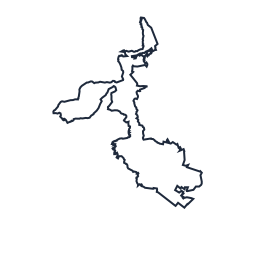 the district of Poian, Covasna, Romania, rotated 336°
{"feature_id": "2599482B85588216220472", "entity_name": "Poian", "entity_type": "district", "adm_level": 2, "iso_a3": "ROU", "parent_name": "Romania", "parent_adm1": "Covasna", "projection": "robinson", "projection_center": [26.168, 46.118], "detail": "fine", "context": "isolated", "style": "outline", "palette": "slate", "viewbox_px": 256, "rotation_deg": 336, "n_neighbors": 0, "source": "geoboundaries", "source_scale": "gbopen_adm2", "svg_char_len": 5869}
<svg xmlns="http://www.w3.org/2000/svg" viewBox="0 0 256 256"><g transform="rotate(336 128 128)"><path d="M171.7,209.7L172.7,208.8L173.6,206.9L175.0,200.6L177.2,198.9L176.5,196.9L176.1,197.1L165.9,187.8L167.9,186.2L165.4,186.0L163.1,184.1L166.7,180.3L169.6,172.4L170.0,172.2L170.2,169.9L166.0,169.8L167.1,169.2L166.8,168.6L167.0,168.4L167.9,168.0L167.8,166.6L166.2,166.7L166.6,162.7L165.5,162.9L163.2,159.1L160.7,159.6L158.8,158.0L159.8,157.9L159.5,154.4L158.5,155.0L157.5,157.0L154.9,154.9L153.4,157.1L150.5,155.1L149.9,154.1L148.9,153.4L148.8,152.6L147.6,151.1L147.3,149.9L146.3,148.2L144.7,147.4L144.7,146.9L137.5,145.0L137.4,144.2L137.6,143.1L139.3,141.4L139.5,139.4L140.4,137.0L142.2,136.1L142.6,134.6L142.6,133.9L142.0,133.2L142.1,131.7L139.5,129.7L140.3,128.3L139.7,125.9L140.7,124.8L140.5,123.7L139.7,122.6L141.4,122.0L141.7,120.2L141.0,118.4L142.0,117.6L142.3,116.7L143.8,115.9L143.9,115.2L143.4,114.0L143.9,112.6L143.3,111.1L143.8,107.9L144.2,107.2L144.0,105.4L145.5,104.2L146.6,104.0L148.0,105.2L149.8,103.6L150.2,102.3L150.0,100.5L150.4,98.7L152.0,97.9L153.7,99.2L154.0,99.2L154.0,98.6L154.5,97.8L159.3,98.2L159.4,97.7L159.9,97.6L162.7,97.8L159.1,95.9L155.9,94.7L153.4,92.9L154.3,91.8L154.5,90.7L151.8,80.3L155.6,78.9L154.8,77.7L155.9,76.2L157.0,73.6L157.9,73.0L158.4,74.0L161.6,75.7L168.9,77.3L169.4,77.7L170.0,79.5L171.1,78.5L171.7,77.5L171.5,75.6L170.0,75.8L169.6,73.2L170.6,73.0L170.8,72.0L170.3,71.6L170.8,71.0L171.2,71.3L171.7,70.9L172.8,69.1L171.3,69.2L170.4,67.3L169.1,66.6L168.1,66.6L168.1,65.9L167.4,65.4L165.0,65.8L163.4,67.5L162.3,67.2L162.9,66.6L162.4,66.2L163.1,65.6L161.5,64.9L161.0,65.2L160.5,64.9L160.8,63.9L165.5,65.2L169.4,64.8L171.3,65.5L172.2,65.4L173.6,66.2L174.6,65.7L175.2,65.8L175.4,65.5L178.7,65.5L181.8,64.7L181.8,66.2L178.8,66.2L177.0,65.8L176.7,66.3L175.8,66.3L175.6,67.8L175.0,68.1L175.4,68.2L175.2,68.9L175.5,69.3L175.1,69.8L175.3,70.0L174.7,70.0L174.8,70.4L176.8,69.3L179.5,69.3L179.9,69.0L179.7,68.2L184.2,67.7L185.3,68.0L185.4,66.0L185.8,65.7L186.0,64.2L189.2,63.2L190.0,45.8L188.0,41.9L188.2,39.6L187.8,38.7L187.7,35.7L187.4,34.0L184.7,32.3L184.4,32.5L184.0,33.2L184.7,33.6L184.8,34.1L184.3,34.6L184.0,34.2L183.6,34.6L183.7,35.0L183.0,35.3L183.1,35.6L182.6,35.8L182.7,36.1L182.0,36.5L182.4,37.4L181.8,38.3L182.4,38.7L181.9,39.6L182.0,40.2L181.4,41.0L181.8,41.3L181.8,42.2L181.3,43.8L181.7,44.6L180.2,47.2L179.6,49.2L179.7,50.1L177.5,52.9L177.4,54.1L176.8,54.7L175.8,57.1L176.0,57.5L175.0,58.6L175.6,59.1L175.5,59.6L173.4,61.8L171.4,61.2L169.0,61.2L167.8,61.6L166.4,60.9L165.2,61.1L164.3,60.7L162.9,59.0L159.6,58.5L157.8,56.8L157.0,56.8L156.0,56.2L156.0,55.4L155.2,55.2L152.9,55.4L156.0,57.4L155.5,59.7L156.4,61.9L152.7,60.7L152.0,59.0L151.2,59.3L150.7,58.8L149.9,59.0L149.3,58.5L148.2,59.3L146.9,61.1L147.1,61.6L146.2,63.0L146.7,64.4L146.8,66.9L146.6,70.0L145.9,72.2L146.7,74.0L146.2,75.4L143.4,78.4L143.4,81.6L143.0,82.2L136.2,81.8L134.9,80.7L134.9,79.8L134.5,79.4L133.4,78.8L131.4,79.4L129.9,79.2L127.4,77.5L125.3,77.1L121.3,74.4L119.4,74.3L116.7,73.3L115.4,73.3L114.2,71.0L113.0,70.3L110.0,70.2L108.8,69.7L103.0,70.7L101.1,71.5L99.3,73.0L98.6,74.9L95.8,79.3L94.9,80.2L94.7,80.9L94.0,81.0L93.8,81.5L91.4,80.3L89.1,80.1L86.8,79.2L80.6,78.2L78.6,76.8L77.1,76.8L73.7,78.7L72.8,79.9L68.9,81.8L67.3,82.0L66.4,82.8L66.0,84.2L68.2,85.1L69.6,86.2L71.4,86.1L72.3,87.2L71.9,89.0L70.7,90.0L71.7,92.6L71.7,93.7L72.2,94.7L72.9,94.9L73.3,94.4L73.0,93.5L73.7,93.7L74.5,95.4L74.8,98.7L77.4,98.7L78.2,99.0L79.3,98.4L80.0,99.0L81.3,98.8L82.0,97.8L83.9,98.1L87.6,99.8L88.4,99.7L90.4,100.8L93.5,101.6L95.2,102.6L97.1,103.0L99.4,101.7L102.1,101.4L102.4,100.8L106.5,99.4L109.2,97.8L112.4,94.7L114.9,92.8L114.6,90.7L116.9,89.8L121.0,88.9L122.4,87.7L123.5,87.3L126.2,84.6L131.0,84.3L132.5,83.5L132.3,83.8L133.1,85.8L132.6,88.7L130.8,89.3L127.1,89.3L126.2,90.7L126.0,91.9L124.4,95.4L124.2,97.7L119.7,100.2L118.3,100.6L117.9,101.4L118.0,102.1L117.4,102.7L119.1,104.1L120.1,105.6L123.1,106.4L125.5,107.6L127.2,109.6L127.6,111.7L128.0,112.2L129.4,113.3L129.7,114.2L130.5,114.4L131.3,115.5L131.4,116.4L130.9,117.4L127.4,119.3L127.6,120.4L128.3,121.2L128.7,122.2L131.0,122.5L130.3,123.5L129.4,126.4L130.5,127.4L129.8,128.7L128.9,129.1L127.3,131.1L127.1,131.5L127.5,131.6L127.0,131.9L126.6,132.9L127.1,133.1L126.4,133.4L126.2,135.4L127.0,135.5L126.6,136.5L125.4,136.9L124.2,136.5L123.5,136.8L122.4,136.6L118.9,135.7L118.3,135.0L116.2,134.3L113.4,134.4L112.7,134.9L112.3,134.6L111.4,135.0L111.0,134.5L109.2,134.4L108.8,134.5L108.8,134.9L108.2,134.9L108.3,135.5L107.5,135.4L106.8,136.1L109.3,137.3L107.9,138.0L109.5,138.5L109.3,139.8L108.2,140.1L107.7,140.8L107.1,140.3L106.1,140.2L105.5,140.5L105.8,141.7L106.8,142.5L107.1,143.3L106.3,143.9L106.6,145.4L105.3,145.2L104.8,146.3L106.0,146.8L107.9,146.2L107.9,146.6L107.9,147.8L107.4,148.7L105.6,150.3L106.5,151.7L108.3,150.1L110.7,151.2L111.7,153.8L111.6,155.0L112.0,155.8L110.6,157.4L110.3,158.3L111.5,159.6L111.5,160.0L112.1,160.4L112.3,161.8L111.6,163.7L111.7,165.0L114.6,168.7L115.0,169.4L114.9,170.2L116.1,170.4L117.6,171.6L118.0,172.4L117.5,173.0L118.3,173.2L118.3,173.6L119.0,173.4L119.0,173.8L117.7,174.6L117.7,176.0L116.7,176.6L115.7,176.6L115.2,177.1L115.4,178.0L114.1,180.0L114.0,182.5L114.4,183.7L113.7,184.7L115.5,184.1L115.8,184.6L117.4,184.9L117.5,185.3L116.9,185.7L117.1,186.1L116.6,186.3L116.7,186.6L118.3,187.9L119.2,189.5L126.3,193.8L126.9,193.8L127.1,193.3L129.8,195.0L129.5,196.2L128.3,198.1L129.3,199.0L139.3,217.7L139.8,218.5L143.3,216.7L147.1,223.7L151.3,221.6L151.5,222.0L158.8,219.3L157.3,217.8L153.6,215.2L150.8,214.7L149.9,214.9L149.6,213.8L150.5,213.4L149.1,211.4L150.8,210.4L151.1,210.7L152.1,210.4L151.8,209.0L152.4,208.8L151.3,207.1L148.5,207.8L145.8,203.9L149.5,200.9L151.4,204.7L152.8,203.7L154.8,207.0L155.9,205.3L158.6,206.5L156.9,208.2L156.2,209.6L156.5,209.8L162.6,211.1L166.2,209.1L169.2,210.4L171.7,209.7Z" fill="none" stroke="#1e293b" stroke-width="2"/></g></svg>